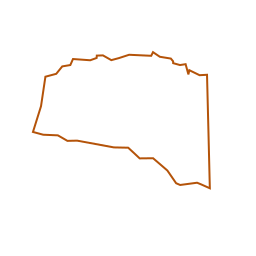 the district of Louisa, Virginia, United States of America, rotated 342°
{"feature_id": "52423323B75388125426671", "entity_name": "Louisa", "entity_type": "district", "adm_level": 2, "iso_a3": "USA", "parent_name": "United States of America", "parent_adm1": "Virginia", "projection": "equal_earth", "projection_center": [-77.968, 37.941], "detail": "fine", "context": "isolated", "style": "outline", "palette": "amber", "viewbox_px": 256, "rotation_deg": 342, "n_neighbors": 0, "source": "geoboundaries", "source_scale": "gbopen_adm2", "svg_char_len": 658}
<svg xmlns="http://www.w3.org/2000/svg" viewBox="0 0 256 256"><g transform="rotate(342 128 128)"><path d="M108.6,142.1L122.1,146.8L128.0,157.4L129.7,160.5L142.5,164.5L152.3,180.6L156.7,195.4L160.0,198.3L176.8,201.4L180.1,204.2L187.2,210.6L203.0,157.6L219.6,101.8L212.4,99.9L204.2,92.0L202.0,95.7L202.5,85.1L196.9,84.2L191.0,80.3L191.5,78.5L190.2,75.2L180.3,70.1L175.2,63.6L172.4,66.5L151.7,58.7L140.9,58.7L133.1,58.3L126.6,51.2L120.7,49.5L119.8,51.7L113.0,51.9L97.0,45.4L92.6,50.3L84.5,49.1L76.5,54.3L65.3,53.7L52.0,80.4L36.4,102.4L45.3,108.2L59.0,113.3L62.0,116.6L66.4,121.5L75.7,124.3L108.6,142.1Z" fill="none" stroke="#b45309" stroke-width="2"/></g></svg>